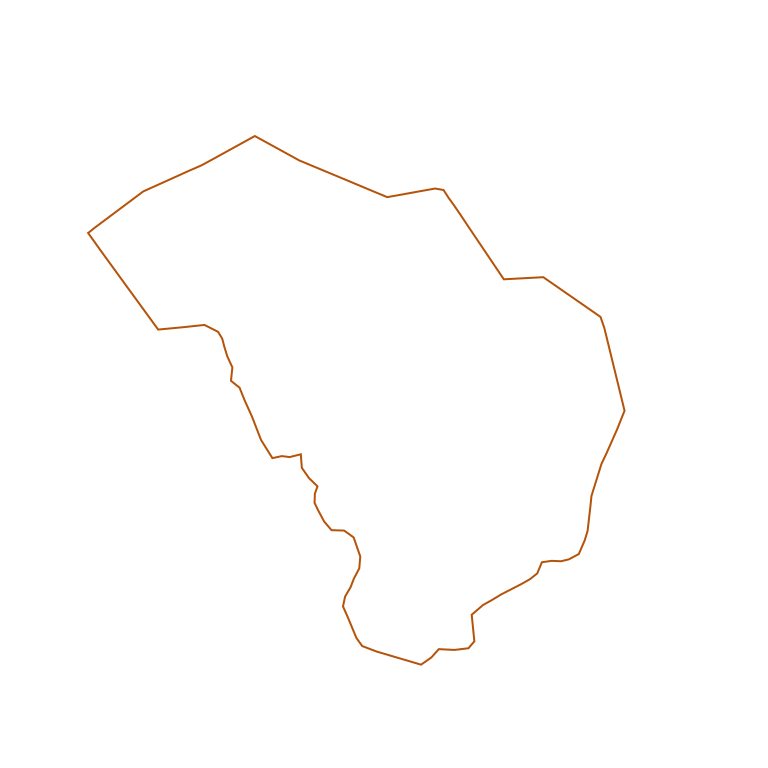 Bocaina, Piauí, Brazil, rotated 250°
{"feature_id": "56859067B26785304367831", "entity_name": "Bocaina", "entity_type": "district", "adm_level": 2, "iso_a3": "BRA", "parent_name": "Brazil", "parent_adm1": "Piauí", "projection": "mercator", "projection_center": [-41.325, -6.904], "detail": "fine", "context": "isolated", "style": "outline", "palette": "amber", "viewbox_px": 768, "rotation_deg": 250, "n_neighbors": 0, "source": "geoboundaries", "source_scale": "gbopen_adm2", "svg_char_len": 1186}
<svg xmlns="http://www.w3.org/2000/svg" viewBox="0 0 768 768"><g transform="rotate(250 384 384)"><path d="M373.0,610.4L429.9,570.2L441.4,532.4L504.2,516.8L515.0,514.2L527.6,511.0L536.7,508.4L545.9,506.3L550.2,498.9L558.5,450.9L623.1,380.8L661.2,347.4L653.5,298.0L651.9,287.2L651.0,272.8L647.3,223.6L630.0,166.3L627.1,157.6L606.3,163.4L584.3,169.7L512.4,190.4L506.0,214.9L500.9,235.5L489.8,245.9L482.0,247.5L473.5,246.7L463.2,246.2L451.5,247.2L439.3,241.3L429.9,247.0L415.5,247.5L398.5,248.8L373.5,249.3L352.5,253.8L351.2,263.3L347.6,270.4L346.4,281.8L333.3,278.1L321.0,281.4L310.6,286.5L304.5,281.5L296.1,278.1L288.0,278.9L275.3,280.7L264.6,284.7L259.9,296.4L250.2,303.0L230.0,302.7L219.2,297.7L211.6,289.3L204.5,283.1L197.5,274.7L189.0,269.4L177.4,270.2L154.8,271.2L145.2,273.9L135.0,285.7L107.6,322.8L110.8,334.9L116.1,344.8L110.0,359.3L106.8,373.0L111.3,380.9L137.2,387.5L142.5,401.6L144.1,411.6L146.2,422.2L149.1,445.1L150.7,454.5L153.6,463.2L162.5,471.4L160.5,481.0L156.9,489.7L156.0,497.7L157.6,508.9L168.5,519.2L176.2,525.0L197.6,535.7L207.9,540.7L234.5,561.0L242.8,569.4L261.2,587.1L276.6,600.9L361.2,610.2L373.0,610.4Z" fill="none" stroke="#b45309" stroke-width="2"/></g></svg>